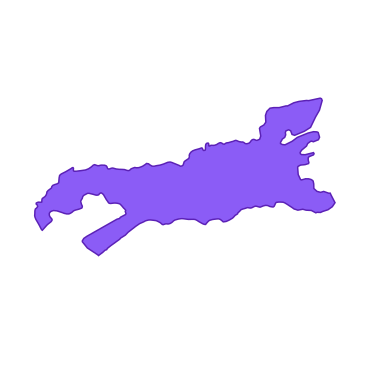 the district of San José El Ídolo, Suchitepéquez, Guatemala, rotated 68°
{"feature_id": "79465075B37305924039286", "entity_name": "San José El Ídolo", "entity_type": "district", "adm_level": 2, "iso_a3": "GTM", "parent_name": "Guatemala", "parent_adm1": "Suchitepéquez", "projection": "robinson", "projection_center": [-91.439, 14.373], "detail": "fine", "context": "isolated", "style": "filled", "palette": "violet", "viewbox_px": 384, "rotation_deg": 68, "n_neighbors": 0, "source": "geoboundaries", "source_scale": "gbopen_adm2", "svg_char_len": 6080}
<svg xmlns="http://www.w3.org/2000/svg" viewBox="0 0 384 384"><g transform="rotate(68 192 192)"><path d="M255.5,63.4L247.0,64.2L244.8,64.3L244.4,65.6L240.8,69.7L240.5,72.9L238.2,75.9L234.4,77.7L230.1,76.1L227.3,75.6L226.4,75.9L224.9,77.0L223.5,78.9L222.3,81.7L221.8,86.0L221.1,86.7L215.6,87.0L209.0,84.9L208.0,84.2L207.7,81.3L209.0,76.9L209.3,73.3L208.5,72.6L205.9,72.3L203.8,71.4L203.1,70.2L203.1,65.5L202.3,64.5L201.0,64.6L199.8,73.1L198.3,76.5L197.1,77.2L195.9,77.0L194.3,74.7L192.3,68.6L190.4,66.6L189.5,63.2L189.6,62.2L190.9,60.6L190.9,55.2L189.0,53.2L184.1,52.7L183.1,53.6L181.6,56.7L180.8,62.4L180.8,73.8L182.5,80.2L183.1,88.1L181.8,90.5L180.2,91.8L179.0,91.2L177.6,89.3L176.8,88.5L176.1,85.6L174.1,83.7L171.9,83.2L170.5,82.0L170.5,79.1L172.2,77.6L176.1,77.7L177.9,75.6L177.8,65.2L176.5,57.9L168.7,49.3L163.9,43.2L155.9,37.0L154.0,37.0L153.0,38.0L151.0,49.6L150.0,51.6L148.1,58.8L147.4,64.2L148.0,71.3L147.4,72.5L146.4,79.6L144.4,84.5L143.5,88.3L145.3,92.4L148.5,95.2L154.9,97.4L156.8,100.3L157.3,104.2L158.3,105.6L165.9,107.3L168.4,109.5L168.5,112.3L168.1,113.2L166.7,114.5L166.2,115.4L166.1,116.3L166.2,117.0L166.5,117.7L167.0,118.6L167.6,119.5L168.0,120.5L168.0,121.5L167.8,123.1L167.2,124.2L166.8,124.7L165.3,125.5L164.5,126.5L164.2,127.4L163.8,128.1L163.2,129.0L162.6,129.8L161.0,131.4L160.5,132.1L160.4,133.1L160.4,134.4L160.4,135.3L160.2,136.3L160.0,138.6L159.9,139.6L159.4,141.6L159.4,142.3L159.8,144.2L159.1,145.2L157.8,146.1L157.0,147.0L156.8,147.7L156.8,148.9L156.9,149.8L157.2,151.1L157.2,152.9L157.1,153.6L156.9,154.4L155.9,156.7L155.8,157.6L156.0,158.2L155.7,159.0L154.9,159.0L154.0,158.5L152.9,158.5L152.4,159.5L152.4,160.2L152.8,161.1L153.3,161.6L154.7,162.4L157.2,163.4L158.1,164.1L158.1,164.8L157.9,165.6L157.4,165.9L156.7,166.1L155.3,166.0L154.7,166.7L154.6,169.2L154.1,173.4L154.1,176.0L154.7,178.2L155.9,180.0L156.9,180.8L158.2,181.2L158.8,181.6L159.7,182.5L160.6,186.8L161.1,188.0L163.3,189.8L163.9,190.6L164.0,191.2L164.0,191.9L163.8,193.0L162.5,194.0L157.1,199.6L156.1,200.9L155.8,201.8L155.4,203.4L155.4,207.8L155.1,211.6L154.3,215.0L153.9,217.5L153.1,219.3L150.9,221.0L149.6,221.7L149.1,222.5L148.5,223.5L149.0,225.0L149.6,228.2L149.6,230.1L149.5,232.1L148.8,234.3L147.8,235.9L147.7,238.0L147.7,239.8L148.5,241.8L148.4,242.8L147.7,244.1L145.9,246.2L144.8,248.5L143.7,251.0L142.3,253.6L140.9,255.4L140.1,256.5L139.7,258.0L139.7,259.7L139.5,260.6L138.8,261.4L138.0,261.5L136.6,261.4L135.5,261.8L134.5,262.9L133.3,265.5L132.8,267.2L132.8,268.3L132.2,269.7L131.0,271.1L130.2,272.0L130.1,273.4L131.0,275.9L131.7,279.1L131.7,282.5L130.4,287.7L129.3,291.8L128.6,293.5L127.9,293.9L126.9,293.7L126.1,293.2L125.4,293.0L124.8,293.2L124.6,293.9L125.0,295.4L125.9,301.6L126.3,306.5L127.0,308.5L129.1,309.9L133.5,312.1L133.8,313.3L133.9,314.8L133.7,316.0L133.7,318.5L134.4,319.9L135.5,320.7L135.8,321.4L136.7,324.8L137.6,326.5L139.0,327.3L140.4,328.7L141.2,330.1L141.9,333.1L142.5,333.8L145.0,335.1L145.0,335.7L143.8,338.4L143.8,339.5L143.9,340.5L144.7,341.0L145.9,340.4L147.6,340.5L148.3,341.4L148.8,342.6L149.1,343.6L150.6,344.7L153.1,345.8L154.9,346.7L156.5,347.0L158.9,347.0L161.6,346.6L164.5,346.2L167.1,345.9L167.7,345.9L170.6,345.6L171.4,345.1L168.3,338.8L167.8,337.4L166.9,334.3L166.7,333.7L165.9,332.5L165.3,332.1L164.2,332.1L162.4,332.8L161.8,332.9L161.1,333.0L160.3,333.0L159.6,332.8L158.8,332.6L158.0,331.9L157.3,330.7L157.2,329.9L157.2,328.3L157.3,327.4L157.7,326.6L158.9,324.3L162.6,319.9L164.0,318.4L165.0,316.9L165.4,316.4L165.7,315.6L166.2,314.3L166.2,313.0L166.0,311.6L165.8,310.7L165.3,309.4L165.1,308.5L165.1,306.8L165.5,303.8L165.6,302.6L165.6,300.6L165.5,300.0L164.7,299.3L164.0,299.0L163.4,299.0L162.1,299.1L160.4,298.9L159.5,298.8L158.9,298.6L158.4,298.2L157.4,296.9L156.8,296.1L155.4,295.1L154.9,294.3L154.6,293.6L154.4,292.6L154.4,291.9L154.1,289.6L154.3,288.9L154.7,287.9L156.9,284.8L158.4,282.9L158.9,282.2L159.3,281.4L159.6,280.3L159.6,279.5L159.0,278.6L158.8,278.0L158.7,276.8L159.1,276.2L159.6,275.9L160.5,275.4L161.6,275.0L164.0,274.7L165.2,274.5L166.9,274.3L169.2,273.7L170.5,273.5L171.3,273.1L171.9,272.3L172.2,271.6L172.9,268.9L173.4,267.5L174.2,265.9L174.9,264.8L175.8,263.6L176.7,263.0L178.8,262.2L181.3,261.4L182.3,260.9L184.1,260.3L185.1,261.2L187.3,261.3L188.0,262.1L188.6,267.8L189.4,269.2L189.1,271.7L193.7,306.2L194.5,309.7L196.2,312.0L197.1,312.3L204.7,310.0L215.1,302.8L215.9,302.5L214.4,297.0L213.4,294.5L213.5,292.7L212.6,291.6L211.3,287.3L208.7,276.7L208.0,275.5L207.0,269.9L205.4,266.4L202.7,256.9L201.7,252.4L201.6,248.8L201.5,247.3L201.3,245.9L201.6,243.5L201.8,242.4L202.5,240.7L203.2,239.4L204.7,236.7L205.2,235.9L205.9,235.2L206.9,234.3L208.2,233.2L208.8,232.8L211.0,231.7L211.5,230.9L211.6,228.9L211.8,228.0L212.1,227.3L212.6,226.4L212.9,225.4L212.9,224.8L213.0,223.9L212.8,222.7L212.5,221.5L211.8,219.8L211.7,219.0L211.6,218.3L211.7,217.3L212.0,214.7L212.7,211.9L213.4,210.3L216.0,205.7L216.6,204.2L217.0,203.1L217.9,200.8L218.7,199.3L219.4,198.7L220.3,197.9L221.8,196.9L225.3,194.1L226.1,193.3L226.8,192.4L227.2,191.5L226.7,190.8L225.7,188.8L225.1,187.5L224.9,186.5L224.9,185.8L225.2,183.2L225.7,181.2L226.4,178.7L226.8,177.6L227.4,176.7L228.0,176.1L228.6,175.7L229.6,175.1L231.0,174.5L231.5,174.0L231.9,172.3L232.1,171.4L232.1,170.6L232.0,168.3L231.9,167.4L231.5,164.7L231.3,163.9L230.9,162.9L229.9,160.9L229.7,160.1L229.6,159.1L229.3,157.9L228.8,157.5L228.4,157.0L227.9,155.5L227.5,154.6L227.1,153.8L226.8,153.2L226.8,152.2L226.8,151.3L227.1,149.0L227.2,146.6L227.6,145.8L228.6,144.2L228.9,143.4L229.0,142.3L228.8,140.0L228.8,139.2L228.9,138.4L229.4,137.5L230.8,135.7L231.3,135.0L231.6,134.3L231.6,133.5L231.6,131.1L231.7,130.3L232.0,128.6L232.8,127.1L233.4,126.3L234.3,125.6L234.9,124.8L235.6,123.7L236.3,122.4L236.1,121.3L234.8,119.8L233.8,118.9L233.2,117.7L233.8,115.4L234.5,113.7L235.2,112.2L235.5,111.5L236.0,110.9L236.9,110.0L239.3,108.2L241.8,106.5L243.9,105.0L246.0,103.7L246.4,103.2L247.3,102.0L248.0,101.3L248.5,100.6L249.5,95.7L251.6,93.0L253.8,88.3L257.7,85.0L257.7,83.6L259.1,80.5L259.0,78.0L259.4,72.5L258.2,67.4L255.5,63.4Z" fill="#8b5cf6" stroke="#5b21b6" stroke-width="1.5"/></g></svg>